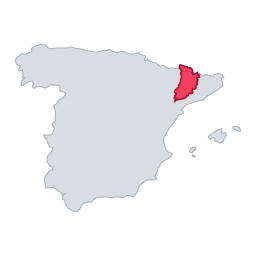 location of Lérida within Spain
{"feature_id": "ESP-5831", "entity_name": "Lérida", "entity_type": "Autonomous Community", "adm_level": 1, "iso_a3": "ESP", "parent_name": "Spain", "parent_adm1": "", "projection": "mercator", "projection_center": [0.993, 42.04], "detail": "fine", "context": "in_parent", "style": "filled", "palette": "rose", "viewbox_px": 256, "rotation_deg": 0, "n_neighbors": 0, "source": "natural_earth", "source_scale": "10m", "svg_char_len": 6966}
<svg xmlns="http://www.w3.org/2000/svg" viewBox="0 0 256 256"><path d="M139.1,52.2L139.1,53.0L140.4,54.5L144.4,55.4L145.4,56.0L145.3,58.1L144.3,59.9L145.1,60.7L146.1,60.6L147.3,59.2L147.5,60.1L149.4,61.0L153.4,62.6L156.2,62.9L159.2,66.1L163.9,65.5L168.2,68.5L172.2,67.9L173.1,68.5L179.4,68.5L179.7,66.0L180.5,65.0L191.3,68.5L192.6,70.6L192.4,71.7L193.0,74.2L194.4,74.1L197.3,72.7L201.0,74.5L201.9,76.0L202.7,76.1L205.5,74.6L213.0,76.4L213.3,75.2L213.8,74.9L217.0,73.8L218.3,73.6L222.3,74.4L222.8,75.8L223.6,76.3L223.9,77.6L221.5,78.3L221.3,80.4L222.7,82.2L222.9,85.3L218.9,89.2L207.3,95.9L203.5,99.9L194.9,101.9L186.1,104.9L180.8,110.1L182.1,110.6L183.7,112.3L183.2,113.1L180.9,114.4L178.8,114.7L174.9,121.2L169.6,127.8L167.7,130.8L163.5,138.5L163.4,140.7L165.5,148.3L166.7,150.3L168.3,152.0L171.5,153.4L172.3,154.8L171.2,156.1L168.0,158.5L162.6,161.7L160.2,164.2L159.7,166.6L158.1,167.7L157.5,171.1L155.4,175.7L155.2,177.0L156.9,178.7L155.2,179.7L146.8,180.1L141.6,183.8L139.0,187.0L136.7,193.0L133.8,196.5L132.5,197.1L130.6,195.6L128.1,195.4L125.7,195.9L124.5,197.1L122.6,197.8L120.7,197.2L116.5,196.9L114.7,196.9L111.9,197.9L109.4,197.3L105.3,196.9L96.3,197.7L95.2,198.1L91.2,202.1L86.9,202.2L82.9,203.8L80.3,207.7L79.8,209.8L79.0,209.3L78.4,209.4L78.1,211.0L75.4,212.0L72.3,210.7L69.8,208.8L68.5,208.7L66.3,205.7L65.4,203.7L64.7,201.7L64.7,200.2L62.8,199.4L62.3,197.5L63.7,195.0L65.5,193.6L63.8,193.8L62.6,195.3L61.0,192.8L54.4,187.8L54.8,186.0L53.7,187.4L52.9,187.7L49.6,187.5L45.8,188.1L44.2,179.6L45.1,176.6L49.4,170.8L52.1,169.9L53.2,166.9L50.8,167.1L46.8,161.2L47.8,155.7L51.8,151.6L52.4,150.0L52.6,148.4L51.8,147.4L49.7,146.8L47.4,142.4L47.0,139.7L45.1,138.1L43.6,135.4L45.0,135.0L50.6,135.0L51.9,134.3L52.9,132.5L54.0,129.5L54.3,127.6L52.1,125.0L52.0,124.5L52.3,123.6L55.7,120.6L55.0,118.5L55.5,113.8L55.3,111.1L54.9,108.9L53.7,106.0L54.5,104.9L56.3,103.9L57.7,101.5L59.7,99.5L62.5,97.9L65.6,94.5L65.1,92.9L64.0,92.0L60.1,91.3L59.9,90.6L59.9,86.9L58.9,85.3L57.5,85.5L55.3,84.8L54.8,85.3L52.0,85.1L50.1,84.5L49.3,85.0L49.0,86.4L45.8,87.8L44.0,87.7L41.0,86.5L37.6,86.9L37.2,86.6L34.3,88.2L33.4,88.2L32.2,86.4L33.7,83.6L32.4,81.0L31.5,81.0L26.1,82.9L23.0,85.4L21.7,85.7L21.3,85.2L21.2,81.7L24.4,77.9L22.3,77.6L22.4,76.5L23.8,74.8L22.4,73.5L22.4,69.6L19.5,70.9L18.7,70.7L18.7,69.1L20.5,66.1L18.6,65.7L17.2,64.6L15.4,62.0L15.4,60.7L16.3,57.5L18.9,56.0L21.4,53.9L24.8,54.3L30.0,52.4L31.8,51.5L31.7,50.1L31.1,49.2L31.6,48.2L35.8,45.6L38.4,45.3L40.9,44.0L42.6,44.9L44.2,44.6L45.9,45.6L48.2,47.9L51.5,48.8L54.2,48.1L67.8,47.9L71.7,46.8L74.7,48.2L80.5,48.9L84.0,50.0L93.7,52.0L97.2,52.0L104.2,50.1L106.2,50.6L109.0,49.6L110.3,49.8L112.1,51.2L118.3,53.0L119.9,51.5L121.1,51.1L125.6,52.1L130.0,54.0L132.4,54.2L135.8,53.6L139.1,52.2ZM221.2,132.7L222.8,133.4L224.5,132.7L225.4,132.9L226.2,133.3L226.5,134.6L222.8,141.4L220.0,143.2L217.1,141.7L215.4,141.4L214.9,140.8L214.6,138.7L213.8,138.0L212.7,137.7L210.5,139.4L209.8,138.3L208.7,138.0L208.3,137.4L208.3,136.5L215.2,131.3L217.2,130.1L221.4,128.7L222.1,128.9L221.5,129.7L222.1,130.5L221.2,132.7ZM240.6,129.9L240.0,131.8L234.9,129.3L233.2,129.0L232.8,128.6L233.0,126.7L236.4,126.5L239.2,127.4L240.6,129.9ZM192.9,151.4L192.3,152.7L189.8,152.2L189.2,151.7L189.8,150.2L190.5,150.0L190.6,149.0L191.3,147.9L194.9,147.1L195.7,147.8L195.9,148.8L193.7,151.1L192.9,151.4ZM195.4,156.6L195.0,156.9L192.3,156.7L192.2,155.8L192.8,154.6L193.8,155.8L195.4,156.0L195.4,156.6Z" fill="#d9dde1" stroke="#a8b0b8" stroke-width="1"/><path d="M180.7,65.0L180.9,65.0L181.5,65.2L181.8,65.3L182.1,65.3L182.4,65.3L183.1,65.7L183.6,65.9L183.8,66.0L184.0,66.3L184.4,66.3L184.5,66.2L184.8,66.2L185.1,66.4L185.2,66.5L186.7,66.6L187.0,66.7L187.3,66.9L187.5,67.3L187.6,67.6L187.8,67.9L188.0,68.1L188.8,68.0L190.8,68.0L191.2,68.1L191.1,68.4L191.2,68.5L191.4,68.5L191.5,68.6L191.8,69.1L192.1,69.6L192.4,70.3L192.7,70.7L192.6,70.8L192.5,71.0L192.6,71.3L192.3,71.9L192.3,72.2L192.7,72.1L193.0,72.4L193.0,72.7L192.7,73.0L192.3,73.1L192.8,73.9L192.8,74.1L193.0,74.3L194.0,74.4L194.3,74.3L194.4,74.2L194.5,74.0L194.6,73.9L195.0,73.9L195.6,73.8L196.2,73.6L196.3,73.0L196.4,72.9L196.5,72.9L196.5,73.0L196.9,73.0L197.1,72.9L197.3,72.7L197.3,72.8L197.4,73.0L197.4,73.3L197.5,73.7L197.6,74.0L197.9,74.3L198.9,74.6L199.0,74.8L199.0,75.4L199.1,75.6L199.4,76.0L199.5,76.3L199.4,76.5L199.5,77.2L197.4,77.6L196.9,78.2L196.9,78.3L196.9,78.5L197.0,79.3L197.2,79.5L197.7,79.8L197.8,79.9L197.8,80.1L197.8,80.3L197.7,80.5L197.4,80.7L197.4,80.8L197.3,81.0L197.4,81.7L197.4,81.9L197.3,82.0L197.1,82.1L197.0,82.3L197.0,82.7L197.0,82.9L197.0,83.1L196.9,83.3L196.5,83.6L196.5,83.8L196.5,84.0L197.1,83.9L197.3,84.0L197.4,84.3L197.4,84.5L197.2,84.6L196.5,84.7L196.4,84.8L196.2,85.1L196.2,85.6L195.8,86.4L195.7,86.6L196.1,87.4L196.1,87.6L196.0,87.9L194.8,89.2L194.7,89.3L194.2,89.0L194.0,88.9L193.5,89.0L193.4,89.0L193.1,88.5L192.9,88.5L192.7,88.5L192.4,88.7L192.3,88.9L192.3,90.6L192.8,92.0L192.0,92.3L191.7,92.5L191.7,92.9L192.0,93.0L192.3,93.2L192.1,93.5L191.7,93.7L189.0,93.6L188.9,93.6L188.5,94.2L188.3,94.8L188.4,95.3L188.3,95.5L188.1,95.6L187.7,95.8L186.7,95.6L186.6,96.1L186.6,96.3L186.3,96.8L185.9,97.3L185.4,97.4L185.2,97.6L185.0,98.2L184.8,98.4L183.5,98.7L183.3,98.7L182.9,98.3L182.7,98.4L182.6,98.5L182.3,98.9L181.5,98.9L181.1,99.2L179.2,99.6L178.8,99.5L178.4,99.2L178.2,99.1L178.0,99.3L177.9,99.6L177.7,99.8L177.4,99.9L177.2,99.8L177.1,99.6L176.8,99.0L176.6,98.9L176.3,98.9L176.2,99.1L176.1,100.1L175.3,100.1L174.9,101.1L174.8,100.6L174.8,100.1L175.2,99.1L175.1,98.8L175.0,98.5L174.7,98.2L174.3,98.1L174.3,97.6L174.5,97.3L174.7,96.7L174.7,96.2L174.7,95.8L174.7,95.7L174.9,95.5L175.4,95.4L175.5,95.3L175.6,95.2L175.8,94.8L176.1,94.4L176.2,94.2L176.1,93.8L176.1,93.6L176.0,93.3L176.0,93.1L175.8,93.1L175.7,93.0L175.0,93.0L174.8,92.9L174.7,92.8L174.7,92.6L174.6,92.1L174.4,91.6L174.4,91.4L174.4,91.2L174.6,90.9L175.0,90.5L175.2,90.1L175.3,90.0L175.4,89.9L175.5,89.8L175.6,89.6L175.8,89.5L176.5,89.3L176.6,89.2L176.8,89.0L176.9,88.7L177.2,88.3L177.2,88.2L177.3,88.2L177.5,88.1L177.8,88.0L177.9,87.9L178.0,87.7L178.4,87.3L178.6,87.3L178.7,87.1L178.8,87.0L178.8,86.8L178.8,86.1L178.7,85.9L178.3,85.5L178.3,85.4L178.5,85.1L178.8,84.9L179.0,84.8L179.1,84.7L179.3,84.4L179.6,84.2L179.8,83.8L179.8,83.6L179.8,83.4L180.0,82.9L180.3,82.0L180.3,81.9L180.5,81.6L180.6,81.3L180.6,80.9L180.7,80.6L180.6,80.4L180.6,80.0L180.7,79.8L180.7,79.7L180.9,79.0L180.9,78.9L181.0,78.8L181.1,78.5L181.2,78.1L181.3,78.0L181.3,77.6L181.3,77.3L181.3,77.2L181.4,76.9L181.4,76.7L181.4,76.2L181.3,75.3L181.2,74.7L181.0,74.3L180.9,74.2L180.7,73.9L180.7,73.7L180.6,73.3L180.6,73.2L180.7,72.9L180.8,72.9L181.0,72.8L181.0,72.7L181.0,72.4L181.1,72.2L181.3,71.8L181.4,71.6L181.5,71.4L181.6,71.2L181.6,70.8L181.6,70.7L181.7,70.4L181.4,70.2L181.1,70.2L180.8,70.0L180.7,69.8L180.4,69.1L180.1,68.6L179.9,68.4L180.0,68.3L180.0,68.0L179.9,67.6L179.7,67.4L179.4,67.3L179.5,67.1L179.7,66.9L179.5,66.6L179.8,66.0L179.7,65.5L179.8,65.2L180.2,65.0L180.7,65.0Z" fill="#f43f5e" stroke="#9f1239" stroke-width="1.5"/></svg>